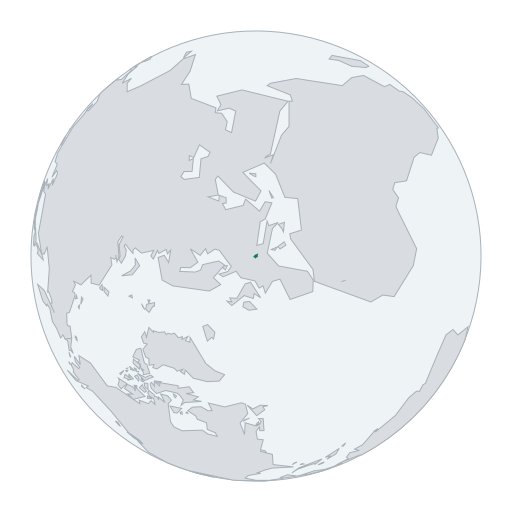 Vorarlberg highlighted on a globe, orthographic projection, rotated 242°
{"feature_id": "AUT-2320", "entity_name": "Vorarlberg", "entity_type": "State", "adm_level": 1, "iso_a3": "AUT", "parent_name": "Austria", "parent_adm1": "", "projection": "orthographic", "projection_center": [9.893, 47.218], "detail": "fine", "context": "on_globe", "style": "filled", "palette": "teal", "viewbox_px": 512, "rotation_deg": 242, "n_neighbors": 0, "source": "natural_earth", "source_scale": "10m", "svg_char_len": 10953}
<svg xmlns="http://www.w3.org/2000/svg" viewBox="0 0 512 512"><g transform="rotate(242 256 256)"><circle cx="256" cy="256" r="225" fill="#eef3f6" stroke="#a8b0b8"/><path d="M67.8,132.3L69.2,130.1L98.5,95.4L80.2,115.2L92.5,101.1L92.1,101.5L105.6,88.8L115.0,80.7L133.0,69.0L149.0,64.6L142.9,67.9L147.4,66.9L155.4,62.9L159.6,60.6L186.0,55.4L213.2,48.3L219.6,44.2L219.9,46.9L230.5,38.6L243.8,35.8L230.1,40.2L229.7,41.8L239.4,40.2L241.1,41.5L246.8,41.7L248.0,43.6L239.8,46.6L240.4,48.1L247.3,46.9L252.8,48.5L242.6,49.9L251.2,52.9L239.2,59.6L211.1,63.7L205.7,70.7L180.1,84.1L183.6,85.2L176.2,91.6L177.6,95.3L172.4,97.2L178.0,98.7L182.4,96.3L186.3,96.2L187.5,98.3L181.2,101.0L179.6,100.3L178.4,102.2L174.7,102.7L177.2,103.6L169.4,106.9L178.9,107.0L174.1,112.3L168.4,113.6L166.8,109.1L149.8,102.7L143.5,103.4L136.4,108.6L127.4,126.9L121.4,129.9L114.9,137.1L119.1,137.1L125.7,131.6L132.0,134.0L139.4,127.5L143.0,127.7L151.4,123.2L152.4,128.7L148.8,136.7L141.9,140.9L140.1,144.7L148.6,144.9L137.5,157.4L133.3,174.1L130.1,177.1L120.7,174.7L116.0,163.5L103.7,162.1L113.9,168.1L105.9,176.3L105.6,180.0L107.4,182.8L111.3,181.9L109.0,186.0L98.1,181.1L100.0,177.3L103.4,178.7L101.1,173.7L93.7,171.3L90.3,176.1L82.7,168.9L80.1,172.4L77.1,173.0L81.7,167.8L73.2,177.3L63.8,173.2L52.2,190.1L61.2,170.6L62.9,162.9L63.9,155.6L61.9,158.1L65.9,146.0L65.0,142.1L57.7,151.0L50.8,164.0L47.0,175.8L49.0,173.9L48.0,181.2L41.9,189.7L39.0,206.5L35.4,216.1L33.6,226.1L33.9,232.0L33.6,242.3L35.8,241.3L38.3,246.5L35.9,255.8L39.2,252.3L39.3,261.5L45.8,278.4L44.6,279.1L49.7,304.2L59.1,324.2L61.3,334.3L59.7,336.6L63.9,343.0L64.0,345.7L84.0,370.1L97.1,386.7L98.6,395.4L91.5,397.2L94.0,410.0L83.6,400.9L84.6,402.2L74.7,389.7L65.7,376.6L57.7,362.9L50.6,348.6L44.6,333.9L39.6,318.8L35.8,303.4L33.0,287.7L31.3,271.9L30.7,256.0L31.5,254.3L33.2,239.4L33.5,233.8L32.5,234.5L35.1,213.8L38.6,200.1L53.3,157.7L67.8,132.3ZM48.8,194.6L45.8,219.0L44.3,210.4L45.2,210.8L46.6,203.4L48.2,192.6L47.7,185.9L48.8,194.6ZM54.7,193.4L54.9,189.9L55.1,192.7L54.7,193.4ZM161.1,59.5L155.4,62.8L147.6,66.1L152.1,63.1L161.1,59.5ZM176.3,54.4L174.1,56.0L169.2,56.3L172.0,55.2L176.3,54.4ZM223.7,41.3L218.8,42.5L223.0,40.9L223.7,41.3ZM247.4,41.4L248.3,40.7L250.8,41.2L247.4,41.4ZM150.3,120.5L150.8,121.8L149.0,122.0L150.3,120.5ZM153.4,117.5L150.9,116.7L152.1,115.2L153.6,115.6L153.4,117.5ZM255.0,44.6L258.8,45.7L253.5,45.0L255.0,44.6ZM156.3,118.8L154.4,112.5L156.4,109.9L163.9,109.7L156.3,118.8ZM260.1,46.7L269.6,49.9L272.4,48.5L269.9,54.7L262.7,49.7L255.7,48.9L260.0,48.2L260.1,46.7ZM183.3,94.6L178.6,97.2L181.4,93.2L183.3,94.6ZM184.1,92.1L187.0,80.5L194.5,78.0L192.0,82.2L200.8,77.7L203.1,82.1L198.7,85.6L193.4,86.3L198.3,87.5L184.1,92.1ZM267.0,57.9L268.1,59.3L265.4,58.4L267.0,57.9ZM188.1,95.9L188.0,93.6L194.5,91.2L195.8,95.4L193.3,94.8L188.1,95.9ZM202.1,74.5L207.1,73.7L210.3,77.0L212.7,77.2L203.8,82.1L202.1,74.5ZM192.4,96.4L196.3,97.6L194.4,100.7L188.6,98.0L192.4,96.4ZM195.6,88.9L198.8,88.1L197.5,89.9L195.6,88.9ZM189.6,113.1L189.4,110.1L192.8,108.6L189.6,113.1ZM197.9,97.8L198.6,96.7L199.9,95.9L202.0,97.3L197.9,97.8ZM206.6,84.2L206.9,85.8L210.5,82.3L213.0,84.9L206.6,87.8L210.4,87.6L211.2,88.4L205.1,90.0L206.6,84.2ZM208.0,96.3L200.7,101.3L200.4,107.0L197.4,108.5L198.4,99.1L208.0,96.3ZM206.8,92.4L206.9,95.1L203.1,95.4L200.7,93.7L206.8,92.4ZM217.0,85.7L214.8,81.0L216.3,80.5L217.0,85.7ZM208.7,97.8L210.4,96.6L209.1,98.2L208.7,97.8ZM215.3,89.3L214.3,87.6L216.1,87.1L215.3,89.3ZM214.8,95.7L212.4,97.3L210.7,96.1L214.8,95.7ZM215.6,92.7L218.2,92.5L211.5,94.8L214.9,92.0L215.6,92.7ZM217.1,89.1L217.8,88.3L217.3,89.9L217.1,89.1ZM222.5,99.4L214.5,102.6L210.8,99.9L219.1,97.2L222.5,99.4ZM480.9,242.9L480.9,244.3L479.8,238.2L479.1,239.7L476.8,228.8L471.3,219.0L471.4,229.5L469.0,223.4L461.5,219.3L460.3,234.3L460.1,267.3L464.2,284.2L462.3,297.1L450.0,284.4L442.5,270.8L439.3,277.4L425.6,272.8L405.6,290.2L401.7,287.3L398.1,292.7L388.3,293.7L381.8,288.3L376.4,292.3L393.4,306.1L399.1,301.8L402.3,290.0L406.1,296.1L415.5,296.4L409.2,321.6L377.6,356.9L372.7,345.0L339.2,316.5L339.2,311.5L339.0,311.0L338.4,310.2L337.3,318.8L330.9,312.3L350.7,335.3L354.9,346.0L377.2,357.9L375.6,360.9L382.2,361.9L401.2,345.8L401.7,350.1L393.8,374.9L365.9,412.2L368.6,424.4L364.9,435.7L345.2,448.9L344.7,454.7L334.3,459.9L332.1,463.0L322.5,468.0L307.2,473.4L283.5,477.2L283.8,475.6L274.6,472.3L262.6,458.2L270.4,449.3L269.0,442.0L251.7,424.2L255.6,412.9L250.5,408.0L240.3,409.1L234.3,402.9L227.9,402.4L187.1,401.3L173.7,390.4L155.3,358.9L162.0,349.6L161.5,335.8L206.2,295.7L217.5,300.0L254.8,294.6L259.8,296.3L257.5,308.3L287.1,319.8L294.2,309.1L319.0,311.7L334.2,306.9L336.0,283.6L311.1,291.0L304.7,281.3L323.1,266.1L344.5,259.9L342.7,256.0L327.5,251.3L330.7,241.5L322.0,248.9L326.8,252.1L321.5,257.0L316.8,254.5L318.1,251.0L311.1,251.0L306.7,268.4L311.1,273.5L293.9,280.2L299.6,289.5L295.5,295.0L284.4,281.6L284.2,275.8L264.9,261.6L263.6,268.2L281.7,282.2L276.8,281.6L275.2,291.4L272.6,283.5L253.2,267.2L236.5,271.4L218.3,294.3L208.0,295.3L197.9,289.4L201.6,265.7L224.3,266.3L225.9,258.6L218.8,246.8L226.3,248.2L226.2,243.7L234.5,243.4L243.8,232.5L251.9,231.2L253.1,217.3L257.4,214.9L255.5,223.7L258.4,229.3L278.2,226.3L281.4,222.9L280.6,214.3L286.1,214.9L282.8,207.0L293.1,201.4L277.8,201.8L276.5,192.5L281.3,184.2L278.2,181.4L270.3,194.9L269.6,200.4L273.4,204.9L269.1,220.7L262.8,224.0L256.9,208.2L247.3,211.4L247.0,198.3L268.5,168.7L278.8,161.8L300.7,168.9L299.7,175.3L291.3,175.8L301.3,183.5L299.4,178.9L304.0,179.7L303.9,171.5L307.2,171.7L301.5,163.9L305.5,163.2L309.0,168.2L312.3,156.3L319.9,153.1L319.1,150.4L316.0,148.5L327.8,146.2L326.6,144.3L322.3,144.3L317.3,140.7L312.9,133.7L317.2,133.3L319.4,135.8L330.4,140.6L335.4,147.7L336.7,146.8L333.4,140.7L320.0,134.7L316.2,130.6L322.7,132.5L320.0,131.5L319.5,129.4L322.9,127.0L315.8,124.6L303.9,103.8L309.4,97.7L316.6,101.3L312.7,87.9L319.3,83.2L315.3,83.0L310.8,77.2L308.7,78.5L306.5,78.1L293.9,64.9L294.3,61.9L284.4,57.1L282.4,57.2L281.5,59.0L269.9,54.7L272.4,48.5L276.9,48.5L275.4,45.0L285.9,46.0L293.8,45.5L306.2,49.3L311.4,49.0L310.2,47.7L316.4,46.7L333.4,49.9L325.0,52.9L300.6,51.4L311.0,52.2L310.2,53.9L314.9,55.4L322.2,56.2L322.0,55.1L341.7,67.5L362.3,76.0L357.0,69.7L359.3,68.0L378.1,74.5L409.4,99.2L412.9,99.0L416.9,102.0L422.2,108.5L416.6,104.2L416.9,107.0L412.9,103.8L419.5,113.5L414.0,109.4L421.9,119.4L425.1,120.2L421.3,112.8L430.4,123.7L433.7,122.9L440.3,129.6L455.7,154.7L462.0,171.1L463.7,174.4L462.9,176.3L466.9,188.1L472.2,194.1L473.7,198.9L477.8,218.1L477.0,214.9L475.1,219.9L478.3,233.3L479.9,232.5L480.4,236.2L480.9,242.9ZM193.2,319.5L192.5,323.8L193.2,319.5ZM369.1,264.1L380.7,258.2L372.2,247.3L376.0,244.3L371.7,241.8L371.5,246.5L360.6,239.2L364.4,232.2L361.4,226.9L357.3,228.6L352.0,242.8L367.7,253.1L366.4,260.3L369.1,264.1ZM46.0,278.8L46.5,282.6L45.2,279.9L46.0,278.8ZM42.4,212.7L42.6,216.5L42.1,219.7L41.7,217.4L42.4,212.7ZM47.9,242.7L48.9,247.5L47.1,244.0L47.9,242.7ZM45.7,222.6L47.0,239.2L43.7,233.6L43.2,223.3L44.5,228.2L45.7,222.6ZM51.2,196.8L50.9,199.7L49.9,200.6L51.2,196.8ZM54.8,195.5L54.7,194.8L55.5,192.4L54.8,195.5ZM106.6,176.6L107.4,177.1L108.4,180.5L106.4,180.0L106.6,176.6ZM122.2,189.9L118.3,196.3L119.7,191.2L116.1,191.5L114.7,181.6L128.5,178.2L122.5,181.3L122.2,189.9ZM116.6,168.1L116.0,174.3L116.2,167.6L116.6,168.1ZM217.3,220.6L221.0,223.7L218.9,228.9L208.7,231.8L211.5,224.2L217.3,220.6ZM226.6,227.0L223.6,211.3L229.8,209.2L226.8,213.0L231.3,213.2L227.6,219.3L236.5,233.3L235.3,238.9L217.0,240.5L223.7,236.7L219.7,233.7L226.6,227.0ZM204.9,178.8L203.7,173.1L218.8,175.9L218.2,181.0L208.0,183.9L202.6,179.6L204.9,178.8ZM169.9,120.1L168.5,118.5L170.2,117.7L172.9,118.3L169.9,120.1ZM189.2,111.8L178.0,126.3L175.8,125.2L171.9,135.6L164.6,136.8L167.3,129.9L158.7,138.9L158.3,133.1L153.1,139.7L160.1,124.2L159.3,119.7L163.0,124.2L169.7,123.1L172.5,121.4L179.6,113.2L181.3,103.6L188.3,101.4L192.8,102.5L193.5,104.5L188.7,105.1L193.0,107.3L186.6,109.9L189.2,111.8ZM241.4,122.2L235.6,121.1L243.2,127.9L236.8,129.7L238.1,130.4L234.3,134.0L231.9,139.7L228.7,139.7L229.2,142.0L226.7,144.6L226.2,147.7L220.3,149.1L219.3,153.1L217.1,151.5L216.9,158.2L214.4,153.9L210.9,157.1L215.1,159.6L184.6,161.2L173.7,166.0L166.0,172.6L162.8,164.8L168.0,153.9L177.6,143.2L188.5,140.0L185.1,137.3L189.3,135.1L190.3,138.1L191.4,132.2L195.1,131.2L203.6,123.0L202.8,115.5L205.9,112.5L208.1,115.0L209.7,110.4L215.8,113.2L218.2,111.2L226.6,112.2L229.4,118.6L231.9,115.9L238.4,116.9L241.4,122.2ZM224.9,99.9L229.7,106.5L228.6,110.9L214.3,107.3L211.3,108.7L202.2,107.1L204.0,100.9L206.5,101.9L209.3,101.5L207.6,103.6L211.0,101.6L214.5,103.0L218.1,101.9L218.7,104.3L224.9,99.9ZM264.3,291.5L267.9,291.7L273.4,290.6L272.4,296.9L264.3,291.5ZM250.9,280.5L254.0,279.6L255.3,287.5L251.5,287.5L250.9,280.5ZM254.6,272.5L254.0,278.9L252.1,275.4L254.6,272.5ZM258.2,222.4L261.4,221.1L262.2,223.0L261.0,226.2L258.2,222.4ZM262.5,144.5L259.3,142.7L260.0,141.5L256.4,135.2L260.8,133.6L264.7,136.8L262.5,144.5ZM332.4,288.8L328.7,294.4L326.1,293.1L327.9,291.4L332.4,288.8ZM299.7,297.1L307.7,298.2L299.3,298.8L299.7,297.1ZM266.7,141.7L264.7,139.2L268.1,140.0L266.7,141.7ZM263.9,132.2L267.7,132.5L260.9,132.7L263.9,132.2ZM397.4,417.3L379.5,439.9L370.6,444.7L370.8,441.5L378.7,429.5L389.7,421.0L395.6,413.0L397.4,417.3ZM481.3,257.8L479.5,254.6L480.1,248.9L481.0,245.8L481.3,257.8ZM464.9,284.9L468.6,290.2L467.1,295.1L464.9,284.9ZM465.9,178.6L467.1,183.5L466.1,181.6L463.8,174.1L465.9,178.6ZM445.4,135.6L449.5,141.4L451.2,144.2L449.8,142.5L445.4,135.6ZM301.6,128.1L301.7,138.3L304.7,145.3L311.0,148.3L302.1,148.7L297.5,137.9L301.6,128.1ZM303.1,106.6L297.6,104.5L299.9,102.9L301.5,103.1L303.1,106.6ZM299.9,107.1L293.4,109.4L290.2,106.5L296.0,105.3L299.9,107.1ZM280.2,125.0L279.9,128.0L277.1,127.2L280.2,125.0ZM456.0,152.4L455.7,151.7L455.2,150.8L456.0,152.4ZM414.8,97.3L412.5,95.6L409.2,92.1L411.7,94.2L414.8,97.3ZM396.4,80.4L407.6,90.7L416.1,99.8L415.8,98.8L421.8,104.6L419.9,103.9L410.4,94.5L404.7,88.4L399.4,84.4L392.5,78.7L387.1,75.8L382.7,72.7L385.8,73.6L396.4,80.4ZM385.0,74.9L373.1,69.2L369.0,64.8L370.7,65.0L377.9,69.4L379.6,71.4L385.0,74.9ZM369.0,66.6L370.6,68.7L356.4,67.5L352.4,66.2L361.0,64.1L362.9,66.1L367.1,67.4L369.0,66.6ZM270.1,58.7L268.3,59.2L268.7,58.0L270.1,58.7ZM305.4,79.0L302.4,78.2L303.0,76.5L305.4,79.0ZM294.5,75.1L295.9,77.5L292.6,75.1L294.5,75.1ZM299.3,83.1L295.6,78.6L301.7,82.7L299.3,83.1Z" fill="#d9dde1" stroke="#a8b0b8" stroke-width="1"/><path d="M255.9,256.8L255.4,256.6L255.2,256.6L255.3,256.4L255.2,256.4L255.2,256.2L255.1,255.9L255.1,255.7L255.2,255.4L255.3,255.3L255.4,255.2L255.2,255.0L255.1,254.8L255.3,254.8L255.5,254.8L255.5,254.7L255.8,254.6L255.8,254.8L255.9,254.7L256.0,254.8L256.1,254.7L256.1,254.8L256.2,255.0L256.3,255.0L256.3,254.9L256.5,255.1L256.4,255.3L256.5,255.3L256.8,255.4L256.8,255.5L256.7,255.7L256.7,255.8L256.8,255.8L256.8,256.1L256.8,256.3L256.7,256.5L256.6,256.8L256.6,257.0L256.6,257.3L256.6,257.5L256.5,257.4L256.4,257.4L256.0,257.2L255.9,257.1L255.9,256.9L255.9,256.8Z" fill="#14b8a6" stroke="#0f766e" stroke-width="1.5"/></g></svg>